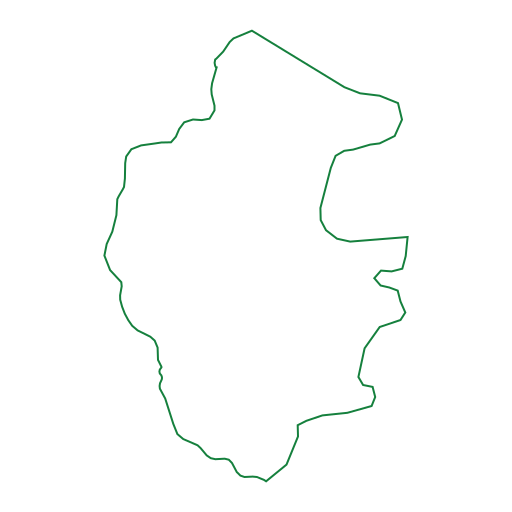 SVG path tracing the border of Vidin
{"feature_id": "BGR-2253", "entity_name": "Vidin", "entity_type": "Province", "adm_level": 1, "iso_a3": "BGR", "parent_name": "Bulgaria", "parent_adm1": "", "projection": "robinson", "projection_center": [22.659, 43.807], "detail": "fine", "context": "isolated", "style": "outline", "palette": "green", "viewbox_px": 512, "rotation_deg": 0, "n_neighbors": 0, "source": "natural_earth", "source_scale": "10m", "svg_char_len": 1682}
<svg xmlns="http://www.w3.org/2000/svg" viewBox="0 0 512 512"><path d="M201.8,120.1L209.5,118.7L214.5,110.4L214.5,105.7L211.7,94.4L211.3,89.2L212.1,83.2L216.6,67.4L215.9,67.3L215.1,65.6L214.6,62.8L215.2,59.5L216.2,58.8L223.2,51.6L229.7,42.0L233.5,38.4L251.9,30.7L344.4,87.2L360.0,93.3L379.6,95.7L388.3,99.2L398.0,103.1L402.0,119.6L394.7,136.0L379.6,143.4L370.2,144.6L353.1,149.6L344.2,150.8L335.6,155.8L330.8,167.9L320.4,208.0L320.7,220.1L326.0,230.2L337.0,238.7L350.2,241.6L407.6,237.0L405.7,256.1L402.3,268.7L391.6,271.4L381.0,270.6L374.3,278.2L380.6,285.5L389.3,287.5L397.7,290.6L400.5,301.5L405.3,312.5L400.5,320.0L379.7,327.0L364.6,348.3L358.4,377.0L363.1,385.0L372.6,386.9L375.2,397.0L371.6,406.0L347.4,412.8L322.4,415.4L306.4,420.8L297.7,425.2L298.0,436.5L286.5,464.6L266.1,481.3L264.0,479.9L256.9,477.0L252.7,476.6L244.5,477.0L240.4,475.6L237.9,473.1L236.8,472.1L232.0,463.0L228.8,459.7L224.7,458.7L215.4,459.2L210.8,458.2L206.7,455.4L200.6,448.1L197.6,445.3L183.3,439.1L177.4,434.1L173.3,423.9L165.2,398.5L159.9,388.7L159.6,386.0L160.0,383.3L161.2,380.7L161.8,379.3L162.0,377.9L161.8,376.6L161.3,375.3L159.8,373.5L159.4,371.5L159.8,369.6L161.3,367.6L161.4,367.4L161.5,367.1L161.4,366.9L161.3,366.5L158.0,359.9L157.6,347.6L154.7,340.6L150.3,336.7L137.6,330.4L132.2,325.8L128.3,320.2L124.8,313.7L122.1,306.7L120.2,299.7L120.1,295.3L121.7,286.3L121.3,282.2L110.1,270.1L104.4,255.6L106.7,244.0L112.3,231.7L116.4,215.2L117.3,199.2L118.6,196.5L122.8,189.3L124.0,187.0L124.9,178.6L125.2,163.1L126.2,156.5L131.4,149.2L141.1,145.4L154.7,143.5L161.4,142.5L171.0,142.3L175.9,136.7L179.2,129.0L184.2,122.3L193.0,119.5L201.8,120.1Z" fill="none" stroke="#15803d" stroke-width="2"/></svg>